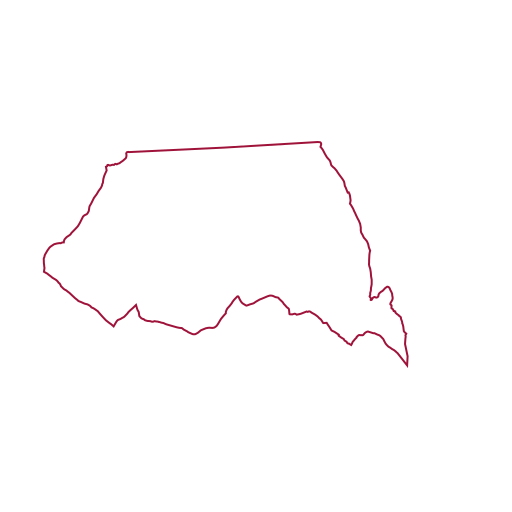 the district of Cuìtiva, Boyacá, Colombia, rotated 209°
{"feature_id": "7082276B99852494117570", "entity_name": "Cuìtiva", "entity_type": "district", "adm_level": 2, "iso_a3": "COL", "parent_name": "Colombia", "parent_adm1": "Boyacá", "projection": "natural_earth1", "projection_center": [-72.954, 5.587], "detail": "fine", "context": "isolated", "style": "outline", "palette": "rose", "viewbox_px": 512, "rotation_deg": 209, "n_neighbors": 0, "source": "geoboundaries", "source_scale": "gbopen_adm2", "svg_char_len": 6140}
<svg xmlns="http://www.w3.org/2000/svg" viewBox="0 0 512 512"><g transform="rotate(209 256 256)"><path d="M440.4,150.9L440.0,150.1L439.6,149.5L438.0,146.8L437.3,145.9L436.0,144.0L435.2,143.0L433.8,139.4L430.0,139.4L428.5,139.1L425.5,138.7L423.6,138.3L420.5,138.2L418.8,138.1L416.8,137.5L415.8,136.9L414.5,136.8L413.3,136.1L412.7,135.7L411.9,135.0L411.6,134.9L410.7,134.7L408.3,134.0L407.3,133.9L405.1,133.9L403.6,133.6L401.3,133.3L397.4,132.3L393.8,131.4L390.7,130.9L389.9,130.6L388.8,130.6L386.9,130.9L383.0,131.2L381.4,131.6L379.9,132.0L377.7,132.0L376.8,131.9L375.9,131.7L375.2,131.3L374.7,131.3L372.8,131.5L371.3,131.4L367.6,131.0L364.5,129.8L361.1,128.6L356.1,127.0L351.6,126.3L349.5,126.1L346.4,125.4L346.3,130.3L346.1,132.1L345.7,133.2L344.0,135.2L343.0,137.0L342.1,138.3L341.7,139.2L340.6,143.3L340.4,145.1L339.6,147.7L338.4,151.0L337.2,155.0L334.6,152.4L333.1,151.1L332.1,150.6L331.4,150.1L328.9,146.9L326.9,146.2L326.1,146.0L324.8,146.0L323.6,146.3L322.1,146.0L320.6,146.3L319.4,146.6L317.0,147.7L315.1,148.1L314.6,148.4L314.0,148.8L313.6,149.3L313.2,149.8L311.7,150.3L309.8,151.1L308.9,151.2L308.3,151.5L306.6,151.8L304.4,152.5L301.7,152.7L300.3,153.0L298.6,153.4L290.8,155.2L288.2,156.0L286.0,157.0L283.2,156.6L279.8,156.7L278.4,156.5L273.7,156.9L272.6,157.3L271.3,158.1L270.5,159.2L269.6,160.7L268.3,164.0L267.9,164.7L264.8,168.5L262.9,170.1L261.9,170.7L259.2,172.0L258.3,172.7L257.8,173.2L257.4,173.8L256.6,175.6L256.4,176.9L256.3,178.3L256.2,181.9L256.1,184.2L255.3,188.4L254.6,191.2L255.3,192.5L255.6,194.4L255.6,195.4L255.6,196.3L254.8,199.8L254.4,202.2L254.3,203.2L254.3,204.4L253.9,207.2L252.8,211.3L252.7,211.6L252.3,211.9L251.9,212.0L251.1,211.6L249.7,210.5L247.3,209.0L246.4,208.6L245.6,208.3L244.7,208.1L243.8,208.0L240.8,207.9L240.3,208.0L239.4,208.9L237.8,210.8L235.5,213.1L234.8,214.1L234.1,215.7L231.7,219.7L230.1,221.6L226.5,226.2L225.3,227.5L224.8,228.0L224.2,228.4L222.9,229.0L221.7,229.3L219.0,229.5L217.2,230.1L216.4,230.3L215.9,230.2L215.1,229.8L210.4,228.6L208.0,227.4L206.9,227.1L204.1,226.1L202.4,225.9L201.6,225.6L200.4,224.1L198.8,221.7L198.5,221.4L198.2,221.4L196.0,222.5L194.5,224.0L194.1,224.3L193.4,224.5L192.0,224.4L190.1,226.0L188.8,227.2L184.8,232.0L183.7,232.2L183.5,232.4L183.1,233.0L182.7,233.3L182.2,233.5L181.5,233.6L181.0,233.6L180.4,233.4L176.2,233.4L172.8,233.0L170.0,232.1L169.7,232.2L168.4,231.9L166.8,231.1L164.9,230.0L164.6,230.0L164.0,230.3L163.5,230.7L161.8,231.8L159.8,230.7L157.4,229.5L154.0,227.6L153.6,227.5L150.6,227.7L145.4,227.3L145.2,226.8L145.2,226.5L144.9,226.3L143.4,226.2L142.1,226.0L139.0,225.9L137.6,225.0L135.2,224.9L134.1,224.2L132.9,224.1L132.0,224.5L130.6,224.3L129.6,224.3L129.6,226.0L129.8,227.5L129.7,228.4L129.4,229.5L129.2,230.9L128.5,233.4L128.7,233.7L128.7,234.0L128.2,235.7L127.5,236.9L126.2,237.4L125.6,237.8L124.8,238.1L124.5,238.3L124.1,238.7L123.8,239.4L123.7,240.4L123.4,241.6L122.8,242.7L122.1,243.7L121.8,244.0L120.9,244.4L120.4,244.4L118.7,244.8L116.1,245.3L115.0,245.9L111.8,246.1L110.2,246.4L109.3,246.4L108.4,246.3L104.5,245.1L103.6,244.5L102.2,243.5L100.1,242.2L98.6,241.6L96.2,240.9L94.2,240.9L92.2,240.6L89.8,240.6L87.3,240.2L86.5,239.9L85.2,239.7L70.8,233.6L74.8,241.8L83.0,251.3L85.2,256.0L86.0,258.0L86.9,259.2L86.9,260.9L89.1,261.4L90.3,262.0L91.0,262.9L93.0,265.7L94.7,267.5L95.4,267.9L95.9,268.8L97.0,269.9L98.2,270.9L99.0,271.7L99.5,272.5L100.3,272.9L100.9,272.9L101.8,273.0L102.2,273.3L104.7,273.6L106.0,273.9L106.8,274.2L107.3,275.0L108.1,275.0L108.9,274.6L110.2,275.7L111.1,275.9L111.7,275.9L112.3,276.1L113.5,278.5L114.1,278.7L114.6,278.7L115.1,278.9L115.5,279.8L115.5,283.5L115.7,284.5L116.0,285.3L116.7,286.4L117.3,287.0L118.7,289.0L120.6,290.5L121.5,291.0L123.3,292.4L124.1,292.9L125.0,293.1L125.8,293.0L126.4,292.7L126.8,291.9L127.4,290.7L128.3,287.1L128.5,286.6L129.3,285.3L130.1,283.1L130.1,282.1L130.0,281.4L129.6,280.4L129.5,279.9L129.6,279.3L129.8,278.8L130.2,278.3L130.7,277.9L131.1,277.8L132.1,277.7L132.4,277.6L133.1,276.9L133.5,276.1L133.6,273.8L133.8,273.5L134.1,273.2L134.4,273.2L134.5,273.4L134.7,274.2L135.1,274.8L135.5,275.0L136.5,275.4L137.1,275.8L137.3,277.4L137.5,277.9L138.1,278.8L138.3,279.5L138.8,281.5L140.0,283.9L140.4,285.3L141.1,287.3L143.3,291.3L145.4,293.9L147.8,297.5L150.0,300.3L151.8,301.9L153.1,303.4L154.0,305.3L155.0,307.1L157.4,312.0L158.1,313.7L158.5,315.0L158.7,315.8L158.8,316.1L159.0,316.3L159.3,316.4L161.5,318.3L163.6,320.7L166.0,322.6L169.2,323.9L170.0,324.1L170.6,324.4L172.0,325.3L172.7,325.9L175.4,327.5L176.8,329.2L178.1,331.6L180.1,334.1L180.8,334.9L181.3,335.2L183.1,336.7L185.2,338.0L188.7,340.5L190.1,341.6L191.9,342.8L193.9,344.4L196.4,345.9L197.8,346.7L199.2,347.3L199.6,348.8L200.3,350.6L202.9,354.1L203.3,354.6L204.6,355.8L205.8,356.6L206.5,355.9L206.8,356.1L210.8,359.4L212.2,360.3L212.7,360.9L214.2,362.8L215.3,363.9L217.4,365.1L222.9,367.6L225.3,368.8L226.7,369.6L230.1,370.9L231.0,371.0L231.9,371.2L234.0,371.8L234.8,372.5L236.4,374.2L237.8,375.3L241.8,376.7L245.2,378.7L247.9,380.5L249.1,381.3L251.1,382.2L252.5,382.7L253.1,385.2L253.6,386.0L254.2,386.4L254.8,386.6L255.5,386.4L257.3,385.6L337.0,335.0L417.3,285.4L418.2,285.1L419.2,284.2L419.3,283.4L419.2,282.7L418.2,281.5L417.8,280.6L417.5,279.8L417.3,278.7L417.4,278.1L418.7,274.5L420.0,272.0L420.3,271.1L420.9,270.4L421.6,269.7L422.2,268.7L423.0,268.6L423.4,268.5L423.8,268.3L424.4,266.8L425.3,266.5L425.9,266.1L427.2,264.7L428.3,264.1L428.9,264.1L429.5,264.0L429.8,263.8L430.0,263.6L429.8,262.5L429.9,262.1L430.5,261.3L428.1,258.4L427.8,254.3L427.6,252.6L426.9,249.5L426.2,247.7L425.4,245.8L425.3,244.2L424.9,243.2L424.8,242.2L424.7,240.6L425.2,236.5L425.3,232.8L425.9,228.3L425.7,224.1L425.6,221.7L425.7,219.1L425.5,218.1L424.1,214.4L424.0,212.6L424.1,211.3L424.3,210.5L425.8,208.4L426.4,206.7L426.1,199.4L426.2,196.4L426.3,195.3L427.4,191.0L428.6,186.7L428.7,185.3L428.9,184.5L429.3,183.6L430.8,180.7L431.3,178.7L431.5,177.6L431.2,175.9L430.7,174.7L431.9,174.0L432.7,173.0L432.9,172.6L434.4,171.8L436.2,170.4L438.1,168.6L438.5,168.0L440.0,165.1L440.4,164.1L440.7,163.1L440.9,161.4L441.1,159.7L441.2,154.9L441.0,153.7L440.6,152.6L440.5,151.5L440.4,150.9Z" fill="none" stroke="#9f1239" stroke-width="2"/></g></svg>